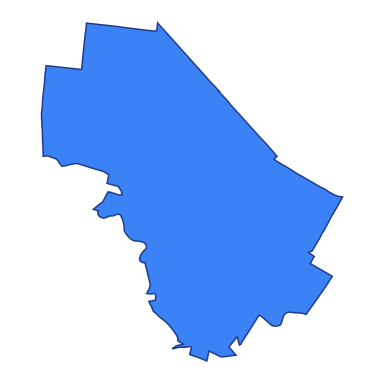 outline of Nuci, Ilfov, Romania
{"feature_id": "2599482B37933054292549", "entity_name": "Nuci", "entity_type": "district", "adm_level": 2, "iso_a3": "ROU", "parent_name": "Romania", "parent_adm1": "Ilfov", "projection": "orthographic", "projection_center": [26.307, 44.722], "detail": "fine", "context": "isolated", "style": "filled", "palette": "blue", "viewbox_px": 384, "rotation_deg": 0, "n_neighbors": 0, "source": "geoboundaries", "source_scale": "gbopen_adm2", "svg_char_len": 5862}
<svg xmlns="http://www.w3.org/2000/svg" viewBox="0 0 384 384"><path d="M342.4,197.1L342.5,197.0L339.2,196.5L338.3,196.2L337.7,196.1L335.6,195.4L335.3,195.3L333.0,194.2L329.4,192.1L328.2,191.4L325.5,189.6L323.0,188.2L321.5,187.7L320.1,186.8L318.2,185.9L314.7,183.7L312.6,182.5L302.9,176.9L301.5,176.1L299.7,175.2L298.8,174.7L298.6,174.6L298.0,174.3L297.3,173.8L297.1,173.7L296.9,173.6L295.9,172.9L291.9,170.3L291.1,169.8L289.5,168.8L288.7,168.3L284.4,165.7L281.2,163.9L276.4,161.0L273.9,159.3L274.5,158.8L275.4,157.9L277.1,156.4L266.4,144.0L266.2,143.9L261.1,138.5L256.7,133.7L255.1,131.9L243.8,119.3L233.4,107.9L229.6,103.6L229.0,102.6L228.7,102.2L227.6,101.0L224.9,97.9L224.4,97.5L220.9,93.7L218.9,91.5L219.3,91.4L218.9,90.9L211.4,82.8L211.1,82.6L202.5,73.0L182.4,50.6L171.5,38.4L165.4,31.6L161.5,27.3L157.8,23.2L157.7,23.0L157.6,23.5L157.4,24.5L157.3,25.3L157.2,26.4L156.7,30.7L156.5,31.0L156.1,31.1L154.6,31.1L152.1,30.8L149.0,30.5L146.9,30.3L146.7,30.3L136.4,29.0L118.8,26.8L118.4,26.6L109.2,25.6L86.4,23.1L86.2,26.7L86.1,28.1L85.8,29.9L85.8,30.5L85.7,31.2L85.6,32.1L85.5,32.8L85.3,32.9L82.5,60.1L82.5,60.7L82.4,61.2L81.6,69.4L81.2,69.5L80.7,69.4L67.6,68.0L65.1,67.7L64.3,67.6L63.9,67.6L63.5,67.5L61.5,67.3L61.3,67.3L61.2,67.3L60.9,67.2L60.7,67.2L60.0,67.1L58.9,67.0L58.6,67.0L58.3,67.0L57.1,66.8L56.8,66.8L52.1,66.3L50.5,66.1L46.1,65.7L44.6,78.9L44.8,79.3L43.7,90.0L43.5,91.8L43.4,92.0L42.8,98.0L42.8,98.3L42.8,98.6L42.7,99.0L42.0,110.5L41.9,110.5L41.5,112.7L41.6,118.7L41.7,120.6L41.8,121.5L41.9,123.5L42.0,126.8L42.3,129.8L42.3,131.3L42.4,132.6L42.4,134.3L42.5,137.7L42.6,140.8L42.7,143.3L42.9,145.4L43.1,151.1L43.1,153.7L43.2,156.1L43.2,156.3L43.9,156.3L45.8,156.0L47.2,155.9L47.8,155.9L48.5,156.1L50.0,156.8L50.8,157.1L51.5,157.3L53.5,157.9L55.6,158.8L56.2,159.1L57.2,159.9L58.2,161.2L59.0,162.5L59.5,163.3L60.2,164.2L61.8,166.2L65.2,165.8L70.3,164.5L76.6,163.4L76.8,163.5L78.9,164.0L81.6,164.8L84.8,165.7L85.3,165.9L86.4,166.3L87.3,166.6L89.2,167.2L90.0,167.5L91.7,168.0L93.1,168.4L95.0,169.0L97.0,169.5L98.7,170.0L104.2,171.7L105.3,172.7L107.0,173.7L108.8,174.8L107.0,183.4L110.4,184.3L110.5,184.3L114.5,185.4L118.5,186.5L118.4,186.7L120.0,189.1L121.2,190.9L121.9,194.7L121.3,194.9L120.6,195.1L120.0,195.2L116.6,194.2L113.4,193.2L109.6,192.0L109.4,192.4L107.9,191.9L102.7,202.0L100.4,203.5L93.5,209.1L93.3,209.3L93.6,209.4L94.7,209.7L95.4,209.9L96.1,210.2L96.6,210.4L97.2,210.6L98.6,211.2L98.1,211.7L97.9,212.7L97.9,213.6L98.0,214.4L98.9,215.8L99.7,216.6L100.7,217.1L101.3,217.6L101.9,217.6L102.6,217.9L103.3,218.1L104.4,218.0L106.4,217.4L108.8,216.4L109.2,216.2L109.4,216.0L109.8,215.7L110.5,215.9L111.5,215.9L112.2,215.9L113.2,215.8L115.3,215.0L116.5,214.5L117.9,214.2L119.0,214.1L120.2,214.9L121.4,216.8L121.9,218.0L123.1,221.3L124.1,225.7L124.1,227.1L124.1,229.5L124.5,231.2L125.6,233.1L127.2,235.3L129.0,237.4L131.2,239.3L132.1,240.0L132.9,240.3L134.0,240.6L135.1,241.0L138.9,241.1L141.4,241.7L143.5,242.4L144.8,243.3L145.6,244.1L146.3,245.9L146.4,246.7L146.1,248.2L145.3,249.4L143.7,250.8L142.0,253.0L141.0,254.3L139.8,257.3L139.5,259.0L139.8,260.2L140.3,261.1L140.7,261.5L141.6,262.0L142.8,262.5L145.2,263.0L145.5,265.0L145.8,266.3L146.2,267.4L146.6,269.1L147.4,272.9L149.2,280.1L150.3,285.1L149.8,286.4L149.2,289.0L148.2,290.4L146.9,293.2L146.8,293.4L146.7,293.5L148.0,293.7L149.7,293.9L151.2,293.9L152.4,293.8L153.9,293.6L154.8,293.5L155.6,294.8L155.7,299.5L155.6,299.9L155.3,300.1L153.7,300.4L151.6,301.0L150.5,301.1L149.9,301.2L148.9,301.4L149.4,302.6L150.2,304.6L150.6,305.2L151.1,305.7L151.3,305.7L151.3,306.2L151.7,306.7L151.9,307.1L152.0,307.9L152.4,309.3L152.6,310.0L153.1,310.8L153.6,311.4L154.2,311.9L154.5,312.1L155.0,312.6L156.4,313.7L157.1,314.4L158.4,315.9L159.1,316.4L159.9,317.3L161.5,318.4L164.2,320.6L166.6,322.7L168.9,324.9L169.8,326.1L170.7,327.2L172.1,329.0L173.2,330.3L175.4,333.6L175.8,334.1L176.3,334.8L176.7,335.6L177.0,336.1L177.4,337.0L177.5,337.3L177.7,337.8L177.9,338.3L177.8,339.8L177.8,340.5L178.0,341.0L178.3,341.3L178.8,341.5L179.2,341.7L179.9,342.1L180.5,342.5L181.1,342.9L181.4,343.0L181.6,343.1L181.9,343.2L182.1,343.4L182.5,343.7L182.9,343.8L183.2,343.9L183.5,344.1L183.3,344.2L182.9,344.4L181.9,344.7L180.9,344.9L179.7,345.0L179.0,345.2L178.4,345.2L176.0,346.0L175.6,346.3L175.0,346.8L174.4,347.3L173.7,347.6L173.2,347.9L172.7,348.2L172.8,348.6L172.9,348.8L173.9,348.6L176.3,347.9L178.5,347.4L179.6,347.3L180.4,347.2L181.5,347.3L184.8,347.3L185.9,347.1L187.2,347.0L188.3,346.7L189.6,346.5L190.0,346.6L190.9,346.9L191.0,346.9L191.6,347.0L191.6,347.3L191.2,347.3L191.2,348.0L191.1,348.7L190.4,351.8L189.7,354.5L190.0,354.7L192.2,355.4L194.5,356.2L197.5,357.2L198.8,357.7L200.6,358.4L202.1,359.0L204.0,359.8L205.7,360.5L206.8,361.0L207.0,360.1L207.5,358.0L208.0,355.6L208.6,353.0L209.0,351.0L210.4,351.8L212.0,352.5L213.0,353.0L213.9,353.4L214.7,353.8L216.5,354.7L218.1,355.5L220.1,356.5L221.0,356.8L221.4,356.9L221.8,356.9L223.0,356.8L224.8,356.6L226.0,356.5L228.2,356.2L230.3,355.9L232.9,355.6L234.5,355.4L236.0,355.2L228.9,346.9L236.8,337.3L237.2,336.7L238.7,342.3L239.4,345.1L240.9,344.2L241.9,342.1L248.6,331.7L250.0,329.5L252.4,325.7L258.4,316.1L259.0,315.0L262.2,317.0L271.3,325.2L274.1,326.1L277.5,326.0L279.6,325.4L280.7,324.4L281.7,322.1L282.8,318.5L283.2,316.8L284.4,314.5L285.8,313.3L287.2,312.5L289.4,312.1L292.1,312.4L295.0,312.8L298.1,312.8L300.9,313.1L303.2,313.5L306.1,314.4L313.4,304.1L320.7,293.8L326.9,284.7L328.4,282.4L332.3,276.3L324.4,271.7L310.2,263.5L314.3,256.4L313.1,255.7L312.2,255.1L308.5,252.4L309.3,251.7L311.3,251.4L311.6,251.2L311.9,251.1L312.1,250.8L313.8,248.1L315.4,245.4L317.3,242.2L320.4,236.8L320.6,236.5L320.8,235.6L321.1,235.1L321.6,234.1L322.6,232.5L323.6,231.3L326.8,225.3L327.9,223.2L328.9,221.4L329.3,220.5L331.5,216.3L331.7,216.1L334.4,211.5L334.7,211.0L337.5,206.2L339.0,203.4L341.2,199.4L342.4,197.1Z" fill="#3b82f6" stroke="#1e3a8a" stroke-width="1.5"/></svg>